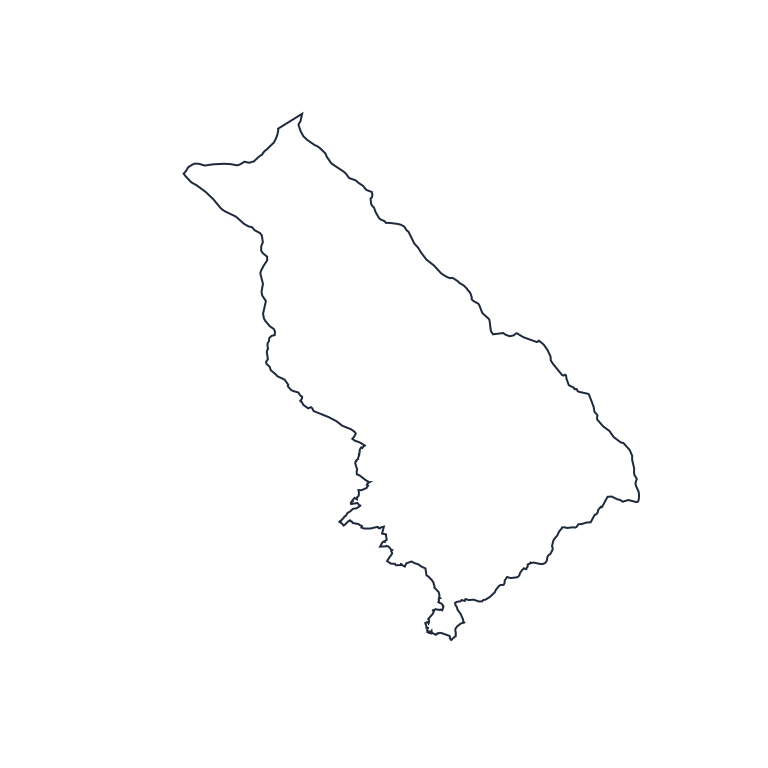 the district of Sacel, Maramures, Romania, rotated 210°
{"feature_id": "2599482B54515927208841", "entity_name": "Sacel", "entity_type": "district", "adm_level": 2, "iso_a3": "ROU", "parent_name": "Romania", "parent_adm1": "Maramures", "projection": "equal_earth", "projection_center": [24.452, 47.623], "detail": "fine", "context": "isolated", "style": "outline", "palette": "slate", "viewbox_px": 768, "rotation_deg": 210, "n_neighbors": 0, "source": "geoboundaries", "source_scale": "gbopen_adm2", "svg_char_len": 6166}
<svg xmlns="http://www.w3.org/2000/svg" viewBox="0 0 768 768"><g transform="rotate(210 384 384)"><path d="M590.0,577.1L603.4,552.1L602.4,550.8L601.1,546.9L600.3,542.5L600.1,538.1L603.0,527.9L603.6,526.9L604.4,523.4L604.1,522.1L606.1,518.1L608.0,511.7L611.5,508.1L615.9,506.8L618.8,501.7L620.6,499.9L627.3,497.5L633.2,494.4L642.1,488.6L648.4,483.6L654.8,482.0L658.2,480.1L659.7,478.1L661.9,473.9L662.0,469.1L662.7,466.0L660.0,464.8L651.7,462.3L645.8,462.4L634.8,461.2L624.6,458.8L612.7,454.4L608.3,454.0L595.9,454.9L585.2,452.7L580.5,452.7L576.3,453.8L573.1,452.5L566.8,452.7L564.2,451.7L559.8,446.2L559.1,441.7L557.1,438.1L554.4,436.7L548.8,435.8L547.0,432.6L547.4,425.8L547.1,420.4L546.3,417.8L538.9,410.2L536.2,402.7L533.8,399.8L527.7,396.7L523.9,384.4L520.6,380.6L518.2,379.2L512.0,377.0L506.9,376.5L504.7,375.0L503.1,371.7L505.4,369.5L506.3,366.6L505.1,363.4L505.1,360.9L503.8,358.5L501.9,356.4L502.1,354.9L501.5,353.0L497.2,347.8L497.0,347.0L497.2,344.3L496.0,342.7L491.7,341.8L488.9,339.3L482.5,338.2L480.3,337.4L472.3,338.1L466.6,335.5L466.4,334.3L466.0,333.9L461.6,332.4L459.8,332.4L453.9,333.8L450.9,332.2L448.7,332.1L448.2,331.5L447.7,329.2L448.2,327.7L447.6,327.2L446.6,327.4L443.1,325.5L437.4,325.0L435.8,327.4L433.7,327.0L432.5,325.9L431.1,325.4L415.0,327.7L406.6,328.0L399.2,327.0L389.9,328.3L385.6,327.9L383.8,327.2L383.4,323.9L384.0,320.7L381.1,320.3L375.7,321.3L369.8,321.1L370.5,319.7L370.8,317.6L372.0,317.7L372.2,316.4L372.0,314.6L370.8,312.5L370.9,311.6L370.1,310.4L370.3,310.2L369.9,309.9L369.5,307.2L368.9,306.0L369.7,304.5L369.4,303.4L369.8,303.3L369.8,302.2L369.1,300.7L364.6,296.7L363.8,294.3L362.3,292.2L359.4,292.6L351.8,291.6L347.9,291.5L347.4,291.8L348.6,289.7L348.4,289.5L348.5,288.0L347.0,288.0L347.1,285.2L350.4,280.8L353.1,279.3L351.5,277.5L350.4,275.5L350.1,274.2L350.7,272.6L349.8,270.6L352.6,270.6L353.2,267.0L352.5,266.8L353.5,264.7L352.4,263.6L347.5,267.7L344.8,266.6L343.8,266.9L343.7,266.6L345.6,262.7L348.6,260.2L349.5,257.0L351.1,254.0L351.2,250.7L352.0,249.5L352.0,247.5L352.8,245.4L352.6,244.2L353.5,243.4L353.7,242.3L350.5,242.1L348.2,241.2L347.4,242.9L346.3,247.2L345.3,248.9L344.3,248.4L343.5,248.9L341.6,248.0L336.2,249.9L333.8,249.7L332.1,250.0L331.8,248.4L328.9,248.9L323.6,252.0L318.3,256.9L317.2,257.1L316.7,256.5L315.3,257.0L315.0,258.2L312.8,260.4L310.9,253.5L307.0,254.8L306.5,253.7L303.8,250.5L304.4,248.7L305.0,248.2L304.5,247.5L305.4,247.2L306.2,246.1L306.1,241.2L301.2,244.3L300.8,245.2L298.5,245.4L294.6,244.0L293.9,244.2L294.3,242.9L292.5,241.7L292.2,241.1L292.9,232.2L288.2,231.9L284.6,233.7L283.1,233.0L278.8,235.6L279.3,236.6L279.1,236.7L276.9,236.2L274.7,236.3L274.9,239.9L271.5,244.0L268.0,244.1L264.0,245.0L260.6,244.6L255.9,245.0L251.6,239.6L249.2,239.4L244.5,238.1L241.5,236.5L241.1,235.7L239.2,234.3L238.6,232.9L232.6,231.1L230.6,229.1L229.5,227.0L228.5,226.7L229.3,226.2L228.8,225.7L228.9,224.7L227.8,223.5L227.8,222.2L224.7,222.5L223.0,222.2L222.3,221.2L221.3,221.2L220.4,217.1L222.5,216.8L222.9,216.1L226.9,214.7L227.2,213.7L228.3,212.9L228.4,212.3L227.1,211.9L226.8,209.6L228.2,202.6L227.5,202.4L225.9,200.3L225.7,198.9L226.9,199.6L227.8,199.2L228.3,197.7L228.6,197.5L225.6,194.8L225.5,194.2L224.0,194.7L223.6,192.3L222.8,191.8L222.5,190.9L220.1,191.3L219.8,192.1L220.4,192.5L219.5,192.8L219.4,194.0L219.0,193.5L219.7,191.2L218.3,191.6L218.4,192.0L217.5,192.6L214.1,192.6L213.8,193.6L213.2,193.5L212.8,195.2L211.9,195.5L211.1,196.5L209.4,197.1L201.4,198.6L200.5,198.1L199.9,196.8L197.8,195.9L197.5,196.5L197.3,197.9L195.8,201.7L196.7,202.8L196.9,203.7L199.3,206.6L199.7,207.7L199.5,210.6L197.7,215.0L195.3,217.5L196.7,218.1L197.9,219.7L203.0,223.4L207.3,225.2L209.7,227.5L211.3,228.0L213.0,230.0L211.9,231.8L208.9,234.3L208.9,235.6L205.6,236.5L206.0,238.3L205.8,238.6L202.6,239.2L198.6,242.0L193.1,243.1L190.3,244.9L190.0,246.5L188.2,248.1L185.7,252.8L183.9,259.2L184.2,261.7L183.4,266.7L182.7,268.0L180.0,269.9L180.0,271.9L181.2,274.1L180.9,278.4L177.2,279.3L172.4,282.9L171.5,284.1L171.1,286.1L171.7,288.0L171.4,292.2L170.8,293.5L170.8,294.2L168.7,294.5L168.2,295.0L168.6,295.8L168.3,297.1L168.5,298.3L169.3,299.5L167.9,301.4L167.8,302.6L167.1,302.5L165.3,304.1L158.1,306.5L156.3,307.7L154.9,309.7L154.6,312.3L156.0,315.9L156.0,317.8L155.0,320.0L155.1,324.6L156.1,326.6L157.4,327.5L159.0,332.8L159.1,334.7L158.2,339.3L158.6,344.0L157.9,347.5L158.1,348.7L156.3,350.0L153.2,351.0L149.3,354.0L146.6,355.3L145.8,356.5L145.5,359.8L142.7,361.6L139.8,364.9L135.9,367.6L136.1,375.7L136.0,376.3L135.0,377.2L134.7,379.9L135.4,381.2L135.5,382.5L134.8,386.1L133.8,386.1L133.7,386.5L134.0,398.1L130.5,400.4L124.3,400.8L121.3,401.7L118.4,401.4L114.4,405.7L106.4,407.9L105.3,409.0L105.3,410.2L106.1,412.4L107.7,415.5L109.8,418.2L114.6,421.6L116.6,423.7L117.7,428.3L121.5,430.3L123.2,432.3L125.3,436.2L131.1,442.3L133.2,445.9L138.4,449.8L147.2,452.6L149.7,451.8L158.6,452.9L165.1,456.0L173.1,456.9L181.5,459.8L182.6,461.1L183.5,463.6L188.0,465.3L191.2,469.2L201.4,477.5L203.2,477.3L211.2,474.7L213.1,474.8L214.4,475.9L215.3,475.7L215.9,474.9L216.7,474.9L217.8,475.7L223.4,475.4L228.6,479.8L230.6,482.4L231.8,482.6L232.8,481.0L234.3,480.8L247.9,486.0L251.4,487.8L253.5,491.1L259.4,495.2L265.2,497.9L270.5,498.9L271.7,498.8L271.8,497.7L272.8,496.7L286.9,494.2L294.2,494.4L294.9,493.8L296.0,491.0L298.8,488.3L302.9,487.5L306.3,487.7L314.5,481.5L318.0,483.4L324.3,491.7L325.5,492.7L334.3,494.6L340.9,499.9L342.5,500.7L348.5,500.6L350.5,501.3L351.3,502.9L354.2,505.5L355.6,506.4L358.6,507.2L359.2,507.8L364.1,509.2L368.9,509.2L371.5,509.9L376.4,510.2L378.1,510.0L379.2,509.0L381.4,508.3L386.1,508.1L390.2,508.5L399.6,511.5L409.6,513.0L417.7,516.4L422.6,519.1L428.0,520.8L438.9,528.1L441.0,528.3L445.1,530.4L448.8,530.4L452.4,529.4L460.2,526.1L462.8,524.5L465.3,525.3L468.5,524.8L471.0,525.1L477.0,528.5L480.8,531.7L483.3,532.4L485.3,533.6L488.1,537.5L488.3,538.1L487.8,539.5L488.6,542.1L490.6,544.2L495.9,543.3L497.8,543.6L501.1,545.1L506.1,545.4L510.5,546.2L517.2,544.9L522.1,547.1L524.8,547.7L539.8,548.7L547.1,552.1L550.0,554.4L557.6,556.3L561.3,556.6L562.9,556.2L572.6,557.0L577.6,558.2L582.4,561.1L587.4,565.4L587.9,566.9L587.7,569.8L590.0,577.1Z" fill="none" stroke="#1e293b" stroke-width="2"/></g></svg>